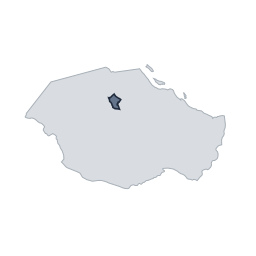 location of Kondoa, Dodoma, United Republic of Tanzania, rotated 308°
{"feature_id": "72390352B62044183520375", "entity_name": "Kondoa", "entity_type": "district", "adm_level": 2, "iso_a3": "TZA", "parent_name": "United Republic of Tanzania", "parent_adm1": "Dodoma", "projection": "equal_earth", "projection_center": [35.881, -4.78], "detail": "fine", "context": "in_parent", "style": "filled", "palette": "slate", "viewbox_px": 256, "rotation_deg": 308, "n_neighbors": 0, "source": "geoboundaries", "source_scale": "gbopen_adm2", "svg_char_len": 5969}
<svg xmlns="http://www.w3.org/2000/svg" viewBox="0 0 256 256"><g transform="rotate(308 128 128)"><path d="M103.9,179.0L101.9,177.6L100.1,176.7L98.6,175.7L97.9,174.8L96.5,174.5L95.3,174.3L94.2,173.4L91.9,173.1L91.6,172.5L91.5,171.3L91.1,170.9L90.3,170.6L89.4,170.6L88.9,170.8L88.5,170.7L87.8,169.9L87.1,169.0L86.8,167.5L85.7,166.5L84.5,165.7L81.1,165.8L80.6,165.5L79.8,164.8L78.9,163.5L78.1,162.0L77.4,160.0L76.7,157.3L72.8,146.6L72.4,144.6L71.6,142.4L70.4,139.6L69.0,137.6L67.2,135.7L65.2,133.8L64.1,132.6L62.0,127.5L61.6,125.2L61.2,122.7L61.4,121.7L62.7,118.6L62.8,117.7L62.6,116.5L62.0,114.0L61.1,110.9L59.5,105.4L59.2,104.0L59.2,102.9L60.2,97.3L60.2,96.5L64.1,96.6L66.9,94.1L69.4,90.4L69.9,88.9L70.9,86.5L71.9,85.3L72.2,84.5L72.8,82.1L74.1,80.5L75.4,79.3L75.1,78.4L75.3,78.1L76.0,77.4L77.3,76.9L77.6,75.6L77.6,74.2L77.4,73.4L77.4,72.5L77.2,72.0L76.3,71.9L75.0,71.2L73.9,70.9L73.2,70.5L72.9,70.2L72.8,69.3L73.4,67.2L72.8,66.3L74.1,62.7L74.4,62.3L74.9,62.2L75.6,61.8L76.4,61.7L77.0,61.8L77.4,61.6L77.8,61.2L78.1,60.0L78.4,58.0L78.2,56.3L77.6,55.0L77.5,53.1L77.7,50.5L77.6,48.3L76.9,46.5L76.3,45.5L75.3,45.0L73.8,42.4L73.3,41.1L73.4,40.3L73.9,39.9L74.9,40.0L75.8,39.7L76.7,39.0L77.5,38.8L77.9,38.9L116.8,38.9L162.2,73.0L162.4,73.5L162.8,76.4L162.7,77.4L162.0,79.1L161.8,80.0L161.8,80.6L162.0,80.8L162.6,80.9L163.1,81.3L163.3,81.6L163.6,82.9L164.1,83.5L181.4,100.3L181.8,100.5L181.5,101.9L180.5,105.3L180.5,106.7L180.1,108.4L179.7,109.5L178.7,114.3L177.9,116.1L176.7,120.3L176.6,123.5L177.2,125.7L177.4,127.8L178.7,129.9L179.8,130.6L180.5,131.6L181.8,133.7L182.5,135.9L184.8,137.0L185.7,139.4L185.4,141.0L184.3,142.4L183.3,144.7L182.5,147.6L182.5,152.1L183.0,151.4L184.2,152.5L184.3,155.8L183.1,159.6L182.7,161.4L182.6,163.0L183.5,167.6L184.9,169.9L184.8,170.7L184.4,171.3L186.7,175.4L186.5,179.0L187.4,181.8L187.8,184.2L188.4,186.1L188.5,187.4L187.7,188.8L189.4,189.2L190.4,190.3L190.9,191.4L192.1,191.4L192.8,192.2L193.8,192.8L195.9,194.7L196.4,195.6L196.8,196.5L190.9,202.4L188.8,203.9L187.3,204.6L185.7,205.0L184.1,205.9L182.7,207.4L180.8,208.1L178.6,208.1L176.2,209.1L172.5,212.2L170.3,210.5L168.6,210.0L166.6,210.0L165.5,210.2L165.0,210.6L164.7,211.6L164.3,213.3L163.0,215.0L160.8,216.5L158.7,217.1L156.8,216.7L155.5,216.1L154.9,215.2L153.9,214.7L152.6,214.8L151.3,215.5L150.1,216.7L148.2,217.2L145.6,217.0L144.2,216.5L144.0,215.4L142.9,214.2L140.8,212.9L139.2,212.9L138.2,214.2L137.3,215.0L136.5,215.3L135.8,215.4L134.7,215.0L131.8,214.9L129.1,214.9L128.8,213.0L128.2,211.9L127.7,211.2L126.8,211.0L126.5,210.5L126.2,209.3L125.7,208.3L125.1,207.5L124.8,206.7L124.6,206.0L124.7,205.2L125.3,203.3L125.5,201.9L125.4,200.6L125.1,199.2L124.4,197.5L124.5,197.0L124.3,195.9L124.3,195.1L124.4,194.1L124.3,192.8L123.7,190.0L123.7,189.3L123.1,188.0L121.3,184.8L121.2,184.4L118.3,181.1L117.2,180.4L116.8,181.0L116.6,181.6L116.7,182.6L116.7,183.1L116.5,183.4L115.9,183.3L115.4,183.2L114.4,182.4L113.5,182.1L111.4,182.3L110.7,182.5L110.1,182.3L109.0,180.8L107.7,180.5L106.5,180.4L104.6,178.8L103.9,179.0ZM185.1,125.2L186.1,128.8L185.9,129.4L185.3,129.8L184.9,129.9L184.5,129.3L184.2,128.1L183.7,128.4L182.8,127.0L182.0,126.9L181.2,125.2L181.5,123.7L181.4,121.2L182.3,119.9L182.8,117.7L183.4,119.2L183.5,121.5L184.3,124.2L185.1,125.2ZM189.7,104.1L189.8,104.9L189.6,105.7L189.6,108.2L189.6,109.9L188.8,112.2L188.3,113.1L187.8,112.8L187.3,112.4L187.0,111.8L187.7,107.5L187.3,104.4L188.7,104.7L189.7,104.1ZM187.7,155.2L187.0,155.4L186.8,155.2L186.3,154.5L187.1,154.0L187.8,152.8L189.4,151.1L190.1,149.8L190.0,151.1L189.1,154.0L188.3,154.1L187.7,155.2Z" fill="#d9dde1" stroke="#a8b0b8" stroke-width="1"/><path d="M145.9,104.9L145.9,104.7L145.9,104.4L145.9,104.2L146.0,104.0L146.0,103.8L146.0,103.7L146.0,103.4L146.0,103.2L145.9,102.9L145.8,102.7L145.7,102.7L145.7,102.4L145.6,102.2L145.6,101.9L145.6,101.6L145.6,101.4L145.6,101.1L145.6,100.9L145.5,100.6L145.5,100.4L145.5,100.1L145.4,99.4L145.4,99.2L145.4,98.8L145.4,98.7L145.5,98.7L145.6,98.4L145.6,98.2L145.7,97.8L145.7,97.7L145.9,97.4L145.9,97.2L145.8,96.9L146.0,96.7L146.1,96.4L146.2,96.2L145.9,96.2L145.5,96.0L145.0,95.9L144.9,95.9L144.5,95.8L144.4,95.8L144.2,95.7L143.9,95.7L143.6,95.6L143.1,95.7L142.8,95.6L142.6,95.6L142.2,95.6L141.9,95.6L141.7,95.4L141.4,95.2L141.1,95.1L140.9,94.9L140.7,94.8L140.5,94.7L140.4,94.7L140.2,94.7L139.9,94.5L139.9,94.4L139.7,94.3L139.7,94.2L139.6,94.3L139.6,94.5L139.6,94.8L139.5,95.0L139.6,95.5L139.4,95.5L139.2,95.6L138.9,95.7L138.9,95.8L138.7,96.0L138.6,96.3L138.4,96.5L138.2,96.6L138.1,96.8L137.9,97.0L137.7,97.1L137.6,97.3L137.6,97.5L137.6,97.8L137.6,97.7L137.6,97.8L137.6,98.0L137.6,98.3L137.7,98.5L137.7,98.8L137.6,99.0L137.5,99.3L137.4,99.4L137.3,99.6L137.2,99.7L137.2,99.8L137.1,100.0L137.0,100.3L137.0,100.5L136.9,100.7L136.7,100.8L136.3,101.1L136.2,101.3L136.1,101.5L136.0,101.8L135.9,102.0L135.8,102.4L135.8,102.6L135.7,102.7L135.6,102.8L135.5,103.0L135.4,103.1L135.2,103.1L134.9,103.3L134.9,103.9L134.9,104.0L135.0,104.3L135.0,104.5L135.1,104.8L135.1,105.1L135.1,105.3L135.2,105.5L135.2,105.8L135.3,105.8L135.4,106.0L135.5,106.0L135.8,106.3L135.8,106.5L135.8,106.8L136.0,107.0L136.1,107.3L136.3,107.6L136.5,107.7L136.5,107.8L136.6,108.0L136.9,108.5L137.0,108.7L137.2,109.0L137.3,109.2L137.3,109.3L137.5,109.5L137.6,109.8L137.8,109.5L137.9,109.2L138.0,109.1L138.1,108.9L138.3,108.6L138.4,108.4L138.6,108.2L138.8,107.9L138.9,107.7L139.0,107.5L139.1,107.4L139.2,107.2L139.3,107.1L139.4,106.9L139.5,106.7L139.6,106.4L139.7,106.1L139.8,105.8L139.8,105.7L139.7,105.6L139.5,105.3L139.6,105.2L139.8,105.0L139.9,104.9L140.0,104.9L140.0,105.0L140.3,105.0L140.3,104.9L140.5,104.8L140.5,104.7L140.8,104.7L141.1,104.9L141.1,105.0L141.3,104.9L141.5,104.9L141.7,104.7L141.8,104.5L141.9,104.4L142.0,104.3L142.3,104.3L142.5,104.3L142.6,104.6L142.8,104.8L142.9,105.1L143.0,105.1L143.3,105.0L143.5,105.0L143.5,104.9L143.8,104.9L144.0,104.9L144.3,104.9L144.6,104.9L144.8,104.9L145.1,104.9L145.3,104.9L145.5,104.9L145.8,104.9L145.9,104.9Z" fill="#64748b" stroke="#1e293b" stroke-width="1.5"/></g></svg>